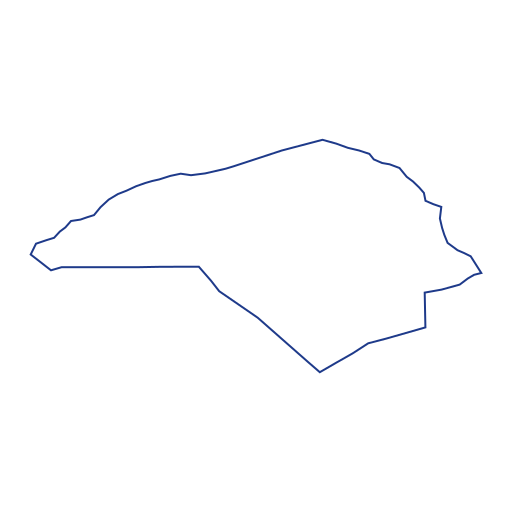 the district of Governador Mangabeira, Bahia, Brazil
{"feature_id": "56859067B50900634198683", "entity_name": "Governador Mangabeira", "entity_type": "district", "adm_level": 2, "iso_a3": "BRA", "parent_name": "Brazil", "parent_adm1": "Bahia", "projection": "orthographic", "projection_center": [-39.08, -12.588], "detail": "fine", "context": "isolated", "style": "outline", "palette": "blue", "viewbox_px": 512, "rotation_deg": 0, "n_neighbors": 0, "source": "geoboundaries", "source_scale": "gbopen_adm2", "svg_char_len": 977}
<svg xmlns="http://www.w3.org/2000/svg" viewBox="0 0 512 512"><path d="M30.7,254.5L51.0,270.3L61.6,267.2L81.3,267.2L103.4,267.2L137.8,267.2L160.4,266.8L198.8,266.7L211.0,280.7L219.2,291.2L257.7,317.7L307.8,361.8L319.8,372.2L336.4,362.6L352.6,353.4L368.2,343.3L386.2,338.6L425.4,327.4L424.7,292.6L441.6,289.6L459.7,284.6L467.8,278.5L474.1,274.8L481.3,273.0L470.7,256.3L464.0,253.0L457.5,250.2L447.6,242.9L444.3,234.8L442.1,227.9L439.9,218.5L441.3,206.9L433.4,204.2L425.5,200.8L423.9,192.9L419.2,187.5L413.0,181.5L406.7,176.8L399.5,168.0L389.6,164.3L382.1,163.0L373.8,159.4L369.4,153.9L359.1,150.5L347.8,147.8L336.2,143.6L322.5,139.8L281.8,150.5L233.6,166.3L225.7,168.7L205.2,173.4L191.0,175.2L180.7,173.7L170.3,175.9L159.3,179.4L152.2,181.0L145.3,183.0L136.2,186.2L126.5,190.7L117.8,194.1L108.7,199.6L100.5,207.2L94.0,215.1L87.0,217.3L80.4,219.6L71.0,221.0L65.4,227.4L59.8,231.6L54.1,237.8L46.6,240.1L36.0,243.7L30.7,254.5Z" fill="none" stroke="#1e3a8a" stroke-width="2"/></svg>